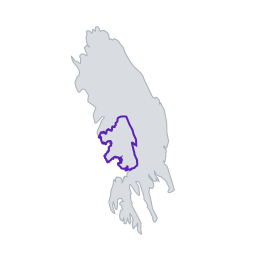 where Norðurland vestra sits in Iceland, rotated 255°
{"feature_id": "ISL-697", "entity_name": "Norðurland vestra", "entity_type": "Region", "adm_level": 1, "iso_a3": "ISL", "parent_name": "Iceland", "parent_adm1": "", "projection": "robinson", "projection_center": [-19.727, 65.454], "detail": "fine", "context": "in_parent", "style": "outline", "palette": "violet", "viewbox_px": 256, "rotation_deg": 255, "n_neighbors": 0, "source": "natural_earth", "source_scale": "10m", "svg_char_len": 8280}
<svg xmlns="http://www.w3.org/2000/svg" viewBox="0 0 256 256"><g transform="rotate(255 128 128)"><path d="M194.4,95.6L196.6,95.7L200.2,94.8L205.3,92.3L207.4,91.8L212.4,91.8L206.5,94.2L204.3,96.9L202.7,98.2L202.7,98.7L207.1,100.3L209.1,99.8L210.0,100.0L210.9,100.8L211.5,102.3L211.2,103.9L210.0,105.4L208.4,106.7L208.6,107.2L210.0,107.4L217.0,106.6L217.9,108.5L218.6,109.1L218.4,109.8L215.7,111.9L218.9,110.6L221.5,110.2L226.0,110.8L227.9,111.6L229.0,112.9L231.3,112.5L232.3,113.3L232.4,114.1L231.5,116.3L228.9,117.4L230.6,118.9L231.9,119.0L232.2,119.3L232.1,120.3L230.1,121.4L233.5,122.6L234.0,123.1L233.8,124.5L233.3,125.3L232.3,125.8L229.9,125.8L228.4,126.4L228.9,127.3L228.6,129.8L226.7,131.8L225.0,132.9L223.2,133.6L218.3,132.8L218.6,134.6L216.9,135.7L217.2,136.6L217.9,137.1L217.6,138.2L215.4,140.6L213.9,141.4L210.8,142.4L206.3,144.5L201.7,144.5L190.5,147.7L186.1,149.4L178.2,154.4L174.8,155.8L169.1,156.4L151.7,159.7L149.8,161.7L149.7,162.2L150.5,162.9L149.2,164.4L146.6,165.4L145.3,165.4L143.1,164.5L142.9,164.9L143.8,166.0L135.2,167.7L123.4,166.8L113.0,164.3L104.7,163.8L98.9,160.4L98.7,159.9L99.3,158.8L101.4,158.4L100.4,157.3L96.9,159.2L95.8,159.1L94.3,158.4L94.2,157.7L91.3,157.4L86.2,155.2L85.9,154.7L87.1,154.0L86.8,153.8L84.1,153.9L80.1,156.0L56.3,156.8L55.6,155.7L54.7,151.8L55.5,150.1L56.5,150.2L59.2,152.5L65.6,151.2L68.2,150.4L70.6,148.3L72.0,147.6L74.0,144.8L75.9,143.2L80.0,142.4L76.4,141.9L70.4,144.1L68.4,144.1L69.3,143.1L71.4,142.1L70.0,142.0L69.4,141.5L69.4,140.5L70.5,138.8L77.6,135.9L75.9,135.4L71.0,137.6L67.4,138.4L64.6,137.4L63.2,136.0L63.3,135.4L65.0,133.6L64.8,133.3L63.6,133.1L60.5,131.5L55.6,131.7L43.4,130.8L34.1,133.0L31.9,132.0L30.1,129.8L30.5,128.9L32.2,128.4L36.7,128.5L43.3,127.4L46.4,126.1L47.6,126.5L48.1,127.1L52.2,126.1L54.4,125.0L58.1,125.6L71.8,125.0L73.7,123.6L74.4,121.9L74.1,121.5L69.0,123.1L67.9,123.0L62.0,122.2L59.9,121.3L60.6,120.5L63.8,118.9L71.7,116.2L72.8,115.7L73.0,115.1L69.8,113.9L63.9,114.2L62.4,112.9L57.5,112.1L54.3,112.6L52.5,111.7L33.1,116.0L26.9,114.1L22.4,113.7L22.0,113.1L24.7,111.2L26.5,110.9L28.3,111.1L31.7,112.4L34.0,112.8L31.1,110.8L31.1,109.0L30.2,108.5L29.3,107.3L29.7,106.9L33.2,107.1L38.8,109.3L41.6,108.9L45.3,107.5L37.2,106.7L34.8,105.0L36.6,104.2L40.7,104.3L36.2,101.4L36.0,100.9L36.8,99.6L42.6,100.7L39.6,99.0L39.5,98.6L40.4,98.3L40.9,97.2L42.4,96.8L45.3,97.1L49.8,99.1L50.4,99.7L50.6,101.7L52.4,101.4L54.5,101.7L56.3,100.3L57.5,100.6L58.4,101.9L58.3,104.6L59.5,103.6L61.6,103.6L62.0,101.3L61.7,99.5L54.8,97.5L52.1,96.0L52.4,95.5L53.8,95.0L61.0,94.7L57.9,93.8L57.2,92.9L51.7,93.2L48.9,92.9L48.9,92.4L50.0,91.7L53.4,90.3L59.7,90.2L62.2,90.6L67.1,93.6L71.0,94.9L77.5,99.1L81.6,100.7L81.8,101.1L81.1,101.5L79.5,102.1L82.0,102.8L83.5,103.9L83.6,104.4L82.2,107.7L80.6,108.8L76.7,108.2L77.6,109.2L80.4,110.4L81.0,111.0L80.5,111.6L81.9,111.4L82.3,111.8L81.7,113.7L81.0,114.4L83.3,114.8L84.9,115.7L86.8,119.6L87.8,116.6L88.4,115.5L89.4,115.1L90.5,112.1L93.2,110.3L95.6,109.7L98.1,111.8L99.9,112.0L101.8,108.3L102.1,105.6L101.5,102.6L101.9,100.5L103.1,99.2L104.7,98.8L108.2,100.1L111.1,103.0L115.5,106.2L118.6,107.1L119.1,107.0L119.7,105.9L119.2,101.7L120.6,99.4L124.2,98.9L129.7,96.8L130.9,96.7L133.6,97.9L138.5,102.2L142.0,104.2L143.8,107.3L144.6,107.9L145.4,106.9L145.4,105.5L141.2,99.0L141.1,98.1L141.5,97.4L149.0,97.7L150.7,98.4L155.9,102.2L158.5,100.7L163.5,96.2L165.2,96.4L169.6,98.2L171.3,98.0L176.3,96.4L177.4,94.4L175.1,90.2L176.0,89.3L180.6,88.3L185.7,88.5L191.0,92.4L191.3,94.2L194.4,95.6Z" fill="#d9dde1" stroke="#a8b0b8" stroke-width="1"/><path d="M87.6,122.0L87.8,121.9L88.0,121.6L87.7,121.0L87.7,120.6L87.6,120.4L87.4,120.1L87.1,119.7L86.9,119.5L87.2,119.2L87.3,119.2L87.4,118.8L87.6,118.7L87.9,118.1L87.9,117.8L87.5,115.9L87.4,115.1L87.7,114.7L88.3,114.9L88.7,115.4L89.2,116.4L89.8,117.0L90.0,117.4L90.7,117.5L90.9,117.6L91.1,117.4L90.6,116.9L90.1,116.1L89.8,115.3L89.6,114.6L89.6,114.0L89.6,113.6L89.7,113.2L89.8,113.1L90.0,112.8L90.1,112.7L90.3,112.0L90.3,111.8L90.9,111.2L93.1,110.3L94.3,109.4L94.7,109.3L95.1,109.3L95.3,109.2L95.4,108.9L95.7,108.9L95.8,109.0L96.2,109.3L96.3,109.3L96.5,109.3L96.7,109.5L96.3,110.6L96.3,111.1L96.4,111.5L96.2,111.9L96.2,112.4L96.4,112.6L96.8,112.5L96.6,112.1L96.7,111.7L96.9,111.5L97.4,111.7L97.5,111.8L97.6,112.1L97.6,112.4L97.5,112.6L97.5,112.9L97.9,113.0L98.0,113.0L98.2,113.4L98.3,113.6L98.6,113.7L98.8,113.8L99.0,113.9L99.5,113.9L99.9,113.7L100.1,113.4L100.2,113.1L100.4,112.5L100.2,112.4L99.9,112.1L99.7,112.0L99.0,112.0L98.7,112.0L98.4,111.8L99.1,111.7L99.7,111.7L99.9,111.6L100.5,111.4L100.8,111.3L101.0,111.6L100.9,112.7L101.2,113.0L101.1,112.6L101.3,112.3L101.4,112.0L101.2,111.7L101.4,111.3L102.1,110.9L102.4,110.6L102.4,110.4L102.5,110.0L102.6,109.8L102.7,109.7L103.1,109.7L103.5,109.6L103.1,109.6L102.8,109.3L102.8,108.9L103.0,108.8L103.3,108.7L103.5,108.4L103.6,108.1L103.6,107.7L103.5,107.0L103.1,106.4L102.6,106.0L102.2,105.7L102.7,105.3L102.5,104.5L102.0,103.7L101.3,102.9L101.1,102.6L101.0,101.8L100.9,101.4L100.7,101.0L100.4,100.8L100.1,100.6L100.4,100.3L100.7,99.9L100.8,99.5L100.5,99.2L100.9,99.0L101.4,99.0L102.2,99.0L102.3,99.0L102.7,98.8L102.9,98.7L103.1,98.7L103.8,98.7L104.2,98.6L104.9,98.1L105.2,98.0L106.1,98.2L106.3,98.2L106.6,98.2L107.0,98.0L107.1,98.6L107.3,98.9L107.7,99.1L108.1,99.2L108.0,99.4L108.2,99.5L108.4,99.7L108.5,100.1L108.8,100.4L109.6,101.3L109.7,101.5L109.8,101.7L109.9,101.8L110.1,101.9L110.0,102.0L109.9,102.2L109.9,102.3L110.2,102.6L110.7,102.9L111.1,103.2L111.0,103.6L111.4,103.8L112.4,103.9L113.2,104.2L113.4,104.2L113.7,104.2L113.9,104.4L114.0,104.5L114.4,104.5L114.5,104.7L114.5,104.9L114.6,105.0L115.0,105.7L115.2,105.9L115.2,106.2L115.3,106.9L115.5,107.1L115.9,107.4L116.9,107.6L117.3,107.9L117.4,107.4L117.5,107.2L118.1,107.2L118.2,107.3L118.5,107.5L118.8,107.6L119.4,107.6L119.2,107.6L119.0,107.8L119.1,108.0L119.6,107.9L119.8,107.8L120.0,107.4L120.2,106.7L120.3,106.0L120.3,105.4L120.2,104.8L119.9,104.2L119.4,103.3L119.3,103.1L118.2,102.5L118.2,102.3L118.2,102.0L118.4,101.8L118.6,101.8L119.0,101.7L119.4,101.6L119.7,101.4L120.0,101.1L119.8,101.0L119.6,100.8L119.5,100.5L119.3,100.0L119.3,99.9L119.6,99.6L119.9,99.4L121.0,99.1L123.6,98.9L124.5,99.2L125.0,99.3L124.9,98.9L125.1,98.8L125.2,98.7L125.4,98.7L125.6,98.7L125.5,98.8L125.4,99.0L125.8,99.1L126.5,99.5L126.9,99.5L126.6,99.4L126.3,99.1L126.2,98.9L126.4,98.9L126.4,98.7L126.2,98.7L126.0,98.4L126.1,98.2L126.3,97.6L126.5,97.4L127.5,97.8L127.8,98.1L128.1,98.6L128.7,99.3L129.0,99.5L130.6,100.5L130.8,100.8L130.8,101.0L130.5,101.2L130.4,101.2L130.4,101.3L130.3,101.5L130.3,101.8L130.2,101.9L130.2,102.0L129.9,102.1L129.8,102.3L130.2,102.4L130.4,102.6L130.6,102.7L130.7,102.8L130.7,103.1L130.7,103.3L130.7,103.5L130.5,103.8L130.0,104.2L129.9,104.3L129.7,104.4L128.8,104.4L128.7,104.5L128.4,104.7L128.4,104.8L128.3,105.0L128.3,105.3L128.4,105.6L128.6,105.7L129.4,106.0L130.3,106.5L130.7,106.6L130.9,106.7L131.1,106.8L131.4,107.3L131.5,107.5L131.5,107.8L131.4,108.0L131.5,108.2L131.6,108.3L131.8,108.4L131.9,108.5L132.0,108.7L132.0,108.9L131.9,109.0L131.0,109.5L130.9,109.6L130.7,109.8L130.7,110.1L130.6,110.3L130.4,110.5L130.3,110.8L130.2,110.9L130.1,111.0L129.8,111.2L129.7,111.2L129.7,111.3L129.7,111.5L129.8,111.7L130.0,111.8L130.3,111.8L130.6,112.0L130.9,112.3L131.0,112.3L131.8,112.4L131.9,112.5L132.2,112.6L132.7,112.8L132.9,113.0L133.3,113.2L133.4,113.3L133.5,113.4L133.5,113.5L133.4,113.6L133.3,113.8L132.9,114.1L132.8,114.3L132.8,114.5L132.7,114.7L132.7,114.8L132.5,115.0L132.4,115.2L132.4,115.4L132.5,115.5L133.0,115.7L133.2,115.8L133.5,116.0L133.8,116.5L134.0,116.9L134.2,117.0L134.4,117.1L135.8,117.2L135.9,117.3L136.1,117.4L136.2,117.7L136.5,118.5L136.7,118.9L137.0,119.2L137.9,119.8L139.5,120.3L139.8,120.5L140.1,120.8L140.3,121.0L140.5,121.6L140.7,122.5L140.8,123.8L140.8,124.5L140.7,125.0L140.6,125.5L140.2,127.2L139.4,129.3L130.7,130.4L125.2,131.8L120.3,131.8L115.2,132.7L114.6,132.7L114.1,132.6L109.1,131.4L110.2,130.3L112.4,128.9L112.6,128.8L112.7,128.5L112.7,128.3L112.7,128.2L112.6,127.9L112.4,127.9L106.6,127.7L102.0,127.7L101.1,127.4L100.8,127.4L94.5,128.4L94.2,128.4L93.4,128.0L93.2,127.9L91.6,127.9L91.3,127.8L89.7,127.2L89.5,126.9L89.2,126.5L89.1,126.2L88.8,125.3L88.3,124.6L88.0,124.2L87.8,123.9L87.8,123.7L87.8,123.4L87.8,123.0L87.8,122.6L87.6,122.2L87.6,122.0Z" fill="none" stroke="#5b21b6" stroke-width="2"/></g></svg>